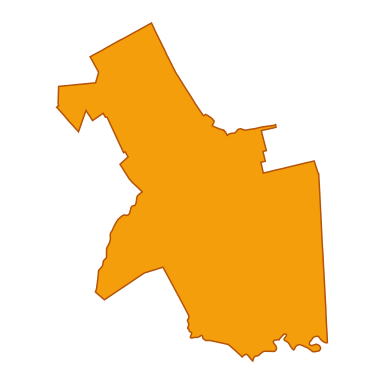 outline of Parta, Timis, Romania
{"feature_id": "2599482B10795171488461", "entity_name": "Parta", "entity_type": "district", "adm_level": 2, "iso_a3": "ROU", "parent_name": "Romania", "parent_adm1": "Timis", "projection": "orthographic", "projection_center": [21.142, 45.621], "detail": "fine", "context": "isolated", "style": "filled", "palette": "amber", "viewbox_px": 384, "rotation_deg": 0, "n_neighbors": 0, "source": "geoboundaries", "source_scale": "gbopen_adm2", "svg_char_len": 5777}
<svg xmlns="http://www.w3.org/2000/svg" viewBox="0 0 384 384"><path d="M327.4,342.7L326.9,331.6L326.4,323.2L325.9,312.3L325.9,309.7L325.2,297.3L324.4,282.0L323.5,265.7L323.0,255.3L322.5,247.9L322.0,239.3L321.1,220.2L319.6,190.8L319.1,181.5L318.7,173.7L318.1,173.2L315.0,163.5L314.1,160.9L313.7,161.1L310.9,161.8L306.9,162.6L302.0,163.8L299.4,164.4L295.4,165.4L291.5,166.3L283.1,168.4L279.7,169.2L274.3,170.4L270.4,171.4L269.2,171.7L263.3,173.1L261.5,164.9L260.8,162.3L265.3,161.3L263.8,155.0L263.0,151.5L266.4,150.6L265.9,148.7L264.1,141.8L262.4,135.2L261.5,131.6L261.4,130.6L265.5,129.7L270.3,128.6L271.3,128.4L271.5,128.3L272.1,128.3L272.9,128.1L273.7,127.8L274.5,127.6L276.0,127.3L275.9,126.9L275.9,126.6L275.9,126.0L275.7,125.5L275.6,124.6L274.1,125.2L273.7,125.4L273.3,125.4L272.7,125.5L271.9,125.6L270.8,125.8L269.4,126.0L267.4,126.2L265.9,126.4L265.5,126.5L264.3,126.7L263.2,126.8L262.3,126.9L261.3,127.1L260.5,127.3L259.2,127.6L257.4,128.0L256.5,128.3L255.4,128.5L254.4,128.7L253.2,128.9L251.9,129.1L251.1,129.2L250.4,129.3L249.1,129.5L247.9,129.8L246.7,130.0L245.9,130.1L245.3,130.1L244.9,130.0L243.5,129.8L243.1,129.7L242.5,129.4L241.5,129.0L241.2,128.8L240.7,128.8L240.4,128.8L239.0,129.1L238.5,129.2L238.1,129.4L237.9,129.6L237.4,129.9L237.2,130.1L237.0,130.4L236.8,130.8L236.4,131.4L236.1,131.8L235.4,132.4L235.1,132.6L234.7,132.9L234.1,133.1L233.3,133.2L232.6,133.2L231.8,133.3L231.0,133.4L230.4,133.6L229.9,133.7L229.1,134.0L228.6,134.3L228.3,134.5L227.9,134.9L227.2,135.4L226.2,133.3L225.9,132.9L225.8,132.6L225.6,132.3L225.5,132.2L225.5,131.9L225.3,131.8L225.2,131.7L224.9,131.5L224.7,131.5L224.6,131.4L224.2,130.5L223.7,129.9L223.1,130.4L222.9,130.2L221.6,129.5L221.3,129.3L220.9,129.3L220.4,129.2L219.8,129.1L219.2,128.8L217.7,128.2L215.7,127.3L214.3,126.8L213.6,126.5L212.3,125.7L212.5,125.0L213.5,123.0L214.0,122.1L214.1,120.9L211.4,118.0L208.9,116.2L206.0,114.5L205.6,114.4L204.6,115.1L203.3,116.1L203.5,115.8L199.9,110.6L198.0,107.8L196.1,104.9L195.6,104.3L195.4,103.9L193.6,100.9L190.5,95.9L185.7,88.5L179.9,79.2L175.6,72.4L174.9,70.9L173.1,67.4L168.6,58.3L166.7,54.8L166.5,54.2L166.1,53.2L163.9,48.6L162.0,44.8L158.6,37.9L155.8,32.3L153.9,28.2L151.5,23.0L151.0,23.3L144.6,26.8L133.0,33.2L121.6,39.5L121.2,39.5L113.6,43.7L110.7,45.4L106.3,47.8L102.0,50.4L97.2,52.9L93.9,54.7L90.1,56.8L97.3,69.8L98.3,71.6L98.5,72.9L95.6,82.8L58.6,86.4L58.2,100.3L58.1,103.2L58.2,104.4L58.6,105.7L56.6,107.2L57.0,107.6L63.1,114.3L68.4,120.6L78.2,131.4L78.5,131.8L83.2,118.3L86.0,110.4L86.6,111.5L90.2,116.9L92.5,120.6L97.1,117.5L103.2,113.3L105.4,117.2L107.1,117.2L118.0,140.7L123.1,151.6L123.6,152.7L125.2,151.9L128.1,156.9L120.0,164.3L122.7,168.5L126.4,174.4L129.3,179.0L131.2,181.0L131.7,181.6L131.7,181.8L137.1,186.9L138.8,188.4L138.8,188.5L142.2,191.9L139.7,193.9L137.6,195.6L137.1,196.7L136.7,198.3L136.4,200.9L136.1,203.0L135.2,205.0L134.7,205.4L133.9,205.7L132.8,205.9L132.0,206.3L131.3,207.0L130.8,208.4L130.3,210.6L129.6,213.1L129.2,213.9L128.4,214.8L127.5,215.3L126.8,215.3L125.5,215.1L124.2,215.0L123.4,215.2L122.6,215.5L121.7,216.3L120.4,217.3L118.2,219.3L117.0,221.0L115.6,223.3L114.2,226.0L113.0,228.7L111.8,231.2L110.8,232.5L110.4,233.8L110.2,235.4L110.3,236.9L110.4,238.8L110.2,240.3L109.7,242.0L109.0,243.8L108.4,245.2L107.3,246.8L106.7,248.4L106.5,250.2L106.5,252.3L106.5,255.3L106.5,257.4L105.8,258.4L104.7,259.4L103.5,260.8L103.1,262.3L102.9,264.3L102.4,265.8L101.5,267.2L100.6,268.2L99.1,269.7L98.5,270.9L98.4,272.5L98.2,275.0L97.6,280.5L96.9,286.1L96.5,288.7L95.8,291.1L95.4,292.0L98.3,294.5L104.4,299.8L119.0,290.0L126.0,285.3L136.2,278.4L144.3,273.0L155.9,269.4L163.0,267.2L164.0,269.1L171.8,283.5L176.5,292.3L179.4,297.7L183.6,305.6L189.0,316.1L188.9,316.3L188.8,316.8L188.7,317.7L188.4,318.8L188.1,319.3L187.6,319.7L187.4,320.4L187.7,321.0L187.8,321.5L188.1,322.3L188.4,323.0L188.6,323.7L188.7,324.6L188.6,325.4L188.3,326.2L188.0,327.0L187.7,327.9L187.7,328.4L187.9,328.6L188.3,328.9L188.7,329.4L189.1,330.2L189.2,330.7L189.5,331.5L190.3,331.9L190.9,332.1L191.3,332.4L191.6,332.7L191.7,333.0L191.6,333.4L191.1,334.9L190.4,337.0L190.4,337.6L191.2,338.0L192.4,337.9L193.1,337.8L193.7,337.6L195.1,337.3L195.9,337.4L196.6,337.5L197.4,337.3L198.7,336.9L199.5,336.6L200.2,336.1L200.8,335.7L201.1,335.3L201.5,335.3L202.0,335.6L202.4,335.9L202.5,336.4L202.7,337.1L202.7,337.9L203.1,338.5L203.5,338.9L204.0,339.3L204.5,339.8L205.3,340.1L205.7,340.5L209.9,340.5L210.6,340.6L220.8,342.8L228.3,344.5L235.5,350.7L239.1,354.0L242.2,357.0L243.5,355.5L245.3,354.5L246.4,354.3L247.8,355.2L249.9,357.8L251.1,359.3L252.0,360.3L252.8,361.0L253.6,358.3L254.1,357.3L254.7,356.5L255.5,356.2L257.6,355.8L258.2,355.6L258.9,355.2L260.0,354.2L261.5,352.8L263.6,351.4L264.4,351.3L265.4,351.2L267.3,351.3L270.2,351.3L272.3,351.4L273.8,351.5L275.2,350.9L276.0,350.0L276.5,349.0L276.5,347.9L276.3,347.1L275.8,345.9L274.1,343.7L273.3,342.1L273.7,340.7L274.5,340.3L276.2,340.0L277.8,339.7L279.0,339.9L279.9,338.5L281.4,336.8L282.7,335.4L284.1,334.1L285.2,334.0L286.3,334.3L286.5,335.1L286.1,336.3L284.8,337.9L284.0,339.0L284.1,339.6L284.4,340.1L285.0,340.7L286.5,341.4L287.6,342.1L288.7,343.2L289.4,344.3L290.8,346.8L292.5,349.0L293.1,349.7L293.7,349.9L294.3,349.5L294.6,348.6L295.1,347.5L295.8,346.5L296.5,345.7L298.0,344.9L299.7,344.7L300.9,344.9L302.3,345.5L304.1,346.4L307.4,347.7L309.2,349.0L311.0,350.2L312.0,351.2L313.0,351.7L314.7,351.8L317.4,351.2L319.0,350.9L319.9,350.0L320.4,349.0L320.6,348.2L320.4,347.3L320.1,346.7L319.1,345.5L317.7,344.6L315.9,344.2L314.0,344.9L312.1,345.5L311.1,345.5L309.5,344.8L309.4,344.1L309.5,342.6L309.5,342.1L309.8,341.8L310.8,340.9L311.9,339.3L313.1,337.7L314.9,336.5L317.6,336.3L318.3,336.3L319.3,337.5L320.7,339.5L322.7,341.2L324.4,342.3L325.3,342.6L326.0,342.8L327.4,342.7Z" fill="#f59e0b" stroke="#b45309" stroke-width="1.5"/></svg>